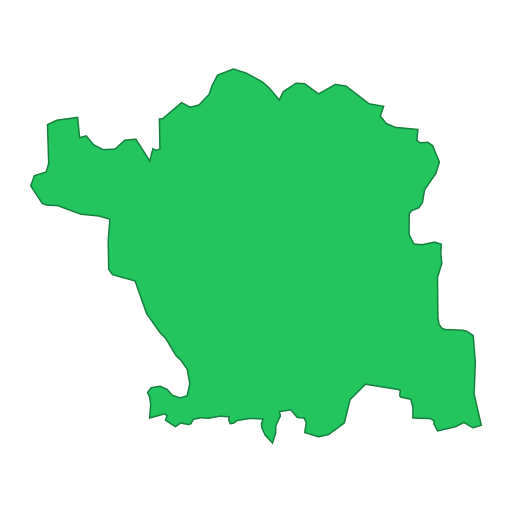 the district of Qutur, Al Gharbiyah, Egypt
{"feature_id": "37247803B52105005453844", "entity_name": "Qutur", "entity_type": "district", "adm_level": 2, "iso_a3": "EGY", "parent_name": "Egypt", "parent_adm1": "Al Gharbiyah", "projection": "robinson", "projection_center": [30.964, 30.971], "detail": "medium", "context": "isolated", "style": "filled", "palette": "green", "viewbox_px": 512, "rotation_deg": 0, "n_neighbors": 0, "source": "geoboundaries", "source_scale": "gbopen_adm2", "svg_char_len": 1904}
<svg xmlns="http://www.w3.org/2000/svg" viewBox="0 0 512 512"><path d="M165.5,420.2L175.4,426.7L180.7,423.0L188.6,424.6L191.0,423.7L193.4,419.3L200.8,417.7L208.2,418.3L219.8,416.2L229.3,416.8L228.7,420.0L230.3,423.7L233.5,423.2L237.2,420.5L250.4,418.4L263.0,419.0L261.4,423.8L262.0,428.1L265.1,435.0L272.5,443.0L275.7,432.9L275.7,426.0L280.4,415.9L279.4,411.6L290.8,409.9L297.3,417.5L304.2,418.1L306.3,422.9L304.7,432.5L318.4,436.8L328.4,434.7L344.3,423.0L350.1,399.6L365.5,384.2L399.2,389.7L400.3,390.7L399.7,395.5L400.8,397.1L410.8,399.3L412.9,407.2L412.9,418.0L430.3,418.6L433.9,420.7L433.9,423.9L437.6,430.9L455.6,426.7L464.0,422.5L473.0,427.8L481.3,425.2L474.1,394.2L475.3,362.2L473.2,335.6L466.9,331.3L462.7,330.2L445.3,329.6L441.6,328.0L439.0,324.2L437.9,317.8L437.5,277.3L441.8,263.5L440.8,253.8L441.3,244.2L434.5,242.1L422.3,244.7L413.9,244.1L409.1,234.5L409.2,213.7L411.8,210.5L418.7,207.9L422.4,202.6L424.6,189.8L435.9,173.3L439.4,162.1L432.6,145.6L427.9,142.3L419.9,142.8L416.8,140.2L417.9,129.5L395.2,127.3L386.2,123.5L380.3,116.0L383.6,106.4L369.1,103.8L346.1,86.1L335.4,84.4L318.6,93.9L304.6,83.7L296.2,83.2L283.3,91.6L279.3,100.0L269.6,88.4L262.5,82.0L246.7,73.3L233.3,69.0L217.6,75.1L212.0,85.8L209.2,94.3L199.1,104.9L190.1,107.2L181.6,102.6L162.6,118.7L159.4,119.0L159.9,148.9L156.4,150.3L152.9,148.8L149.8,161.1L135.9,139.2L124.8,140.2L115.0,149.1L103.1,149.7L93.4,144.6L86.2,135.9L79.6,137.6L77.6,117.4L56.9,120.2L47.5,124.6L48.7,163.5L46.2,172.0L34.4,175.7L30.7,185.8L42.3,203.5L47.1,205.1L57.6,205.6L80.8,214.2L98.3,215.9L109.9,219.1L108.2,241.0L108.7,269.2L112.4,274.6L135.1,281.0L146.6,313.6L159.8,332.3L165.6,338.2L176.1,355.8L180.8,360.1L187.2,369.2L189.8,383.6L187.1,395.8L180.2,397.9L172.3,395.3L167.1,389.4L160.2,386.2L151.2,387.7L147.5,392.5L149.6,396.8L150.7,404.8L149.6,418.1L164.4,413.9L167.0,415.5L165.5,420.2Z" fill="#22c55e" stroke="#15803d" stroke-width="1.5"/></svg>